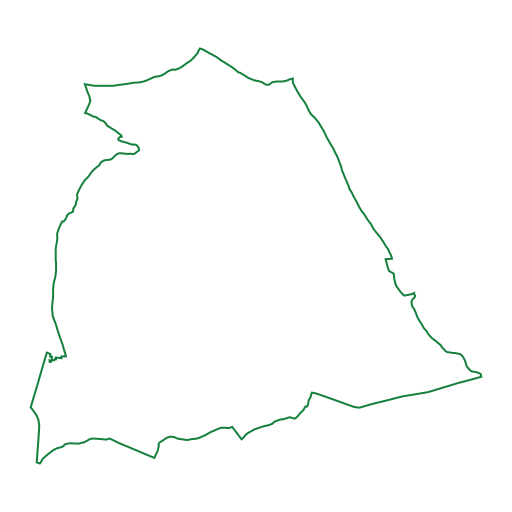 Tlaquilpa, Veracruz, Mexico
{"feature_id": "50627088B52599257884021", "entity_name": "Tlaquilpa", "entity_type": "district", "adm_level": 2, "iso_a3": "MEX", "parent_name": "Mexico", "parent_adm1": "Veracruz", "projection": "mercator", "projection_center": [-97.107, 18.613], "detail": "fine", "context": "isolated", "style": "outline", "palette": "green", "viewbox_px": 512, "rotation_deg": 0, "n_neighbors": 0, "source": "geoboundaries", "source_scale": "gbopen_adm2", "svg_char_len": 5367}
<svg xmlns="http://www.w3.org/2000/svg" viewBox="0 0 512 512"><path d="M36.7,462.4L39.8,463.5L40.9,462.0L42.6,459.0L45.4,456.4L48.7,453.7L53.5,450.0L57.0,448.3L61.4,447.1L63.1,446.3L64.9,444.4L67.4,443.6L70.4,443.3L74.8,443.5L79.1,443.6L81.8,442.7L83.8,442.5L87.3,440.6L89.5,439.3L92.1,438.6L94.2,438.6L97.5,438.8L101.4,439.1L106.2,439.6L109.6,438.5L119.3,443.2L128.7,447.1L136.3,450.3L145.7,454.3L154.4,457.9L156.1,454.0L157.6,451.1L158.0,449.1L158.7,446.6L158.7,443.7L159.9,442.3L162.5,440.7L164.7,439.2L166.8,437.7L170.7,436.6L174.7,437.2L177.5,438.6L182.2,439.3L187.0,440.1L192.3,439.0L195.8,438.8L199.6,437.7L202.4,436.4L205.7,435.0L210.2,432.3L213.9,430.7L217.0,429.3L220.7,427.8L224.5,427.7L229.1,428.1L232.2,426.9L237.8,434.3L241.6,439.3L243.4,437.7L245.1,435.5L247.2,433.5L250.4,431.7L254.4,429.4L258.9,427.8L263.9,426.2L269.0,425.1L271.3,424.1L271.9,423.9L272.3,423.8L274.5,421.7L275.6,421.2L280.0,419.6L283.4,419.2L287.5,417.9L289.9,417.2L291.8,417.9L294.9,418.6L296.6,417.3L298.5,415.3L300.4,412.9L303.3,410.2L303.7,409.5L305.4,406.5L307.2,406.5L307.5,405.6L308.0,404.4L308.5,402.0L308.5,400.6L310.5,397.3L311.2,394.4L311.9,392.6L316.7,393.6L323.7,396.1L328.3,397.7L332.7,399.3L338.9,401.5L345.2,403.8L354.2,407.0L359.4,407.7L370.7,404.4L375.7,403.1L383.1,401.3L389.1,399.8L397.3,397.7L403.0,396.3L409.0,395.3L416.2,394.1L427.8,392.2L430.5,391.4L441.0,388.2L450.3,385.4L457.9,383.1L464.7,381.3L469.9,379.9L475.9,378.3L481.3,376.8L481.0,375.3L480.8,374.2L479.6,373.5L478.0,372.6L476.5,372.3L474.7,371.8L473.3,371.7L471.0,371.0L469.5,369.6L467.6,367.4L466.4,365.7L466.1,364.2L465.6,362.6L464.9,360.4L464.0,358.7L463.1,357.0L460.6,354.3L458.9,353.8L456.7,353.4L455.8,353.1L453.6,353.0L452.1,352.8L449.4,352.4L446.7,352.0L445.5,351.0L444.1,349.5L442.0,347.3L440.5,344.9L438.5,343.4L436.0,341.1L433.7,339.5L431.5,337.7L428.3,334.1L426.4,330.9L423.8,328.1L421.6,324.0L419.6,321.0L417.5,317.5L416.0,313.3L414.0,308.8L412.2,306.4L411.7,304.1L411.5,301.3L412.5,299.4L413.5,298.4L414.6,297.4L415.2,295.9L414.6,294.8L413.8,294.0L414.0,293.1L413.3,293.4L411.6,294.2L408.0,294.9L404.3,295.6L403.4,295.0L402.3,293.8L400.8,292.2L399.3,290.2L397.8,288.1L396.4,286.2L395.4,283.6L394.4,279.5L393.7,273.7L392.7,272.9L391.1,272.3L388.9,270.7L387.8,267.5L386.6,262.8L385.6,259.2L392.0,258.7L391.2,255.7L390.2,253.7L387.8,248.7L386.3,246.9L384.0,243.0L381.8,239.6L379.7,236.5L376.4,232.6L373.5,228.9L370.9,224.0L367.3,219.3L364.0,213.9L361.4,210.7L359.2,207.1L357.3,203.1L356.2,201.0L353.5,196.3L351.9,192.8L349.6,189.2L348.5,185.7L346.9,182.0L345.0,177.7L343.5,173.9L342.1,170.7L340.9,165.8L339.4,162.1L338.4,159.4L336.8,155.6L335.1,152.5L333.1,148.1L330.4,143.8L326.7,137.3L323.7,130.9L318.6,122.5L314.8,117.9L310.7,113.9L309.0,111.0L307.6,107.9L305.3,103.2L300.9,97.2L297.2,91.1L293.0,83.1L292.7,80.6L292.8,78.5L288.8,79.6L288.4,80.0L286.1,80.8L282.3,81.5L279.6,81.5L275.9,81.6L272.2,82.3L268.8,84.7L266.3,84.8L264.7,84.0L262.1,82.2L258.8,81.2L255.3,80.6L251.9,79.4L247.8,77.6L245.4,76.0L241.6,73.7L240.3,72.8L238.3,72.3L235.0,69.5L232.3,67.4L227.3,64.2L221.6,60.7L216.4,56.9L213.9,55.6L211.8,54.4L209.5,53.3L206.2,51.3L202.5,49.3L199.9,48.5L198.4,51.1L197.5,53.2L194.3,57.0L190.8,60.5L186.7,63.2L182.3,66.5L178.6,68.6L174.8,69.9L172.7,69.4L170.5,70.2L167.9,71.4L165.1,73.4L161.9,75.3L159.5,76.1L154.5,76.9L150.9,78.5L147.0,80.3L142.9,81.7L138.5,82.5L133.6,82.7L128.6,83.6L123.3,84.4L118.8,84.9L113.4,85.8L106.3,85.8L94.2,85.8L84.9,84.2L87.4,91.7L89.4,96.5L90.3,101.2L89.1,104.3L88.2,106.3L85.1,113.1L87.2,113.5L90.2,114.9L93.0,116.4L96.1,117.1L98.2,118.6L100.9,120.3L102.8,120.8L103.9,121.5L106.1,123.8L107.0,125.7L109.9,127.3L112.4,129.0L115.3,130.6L117.8,132.7L119.5,134.0L120.8,135.0L121.4,135.8L121.7,136.7L120.6,136.9L119.1,137.6L118.4,138.5L118.4,139.9L121.0,141.2L126.4,142.6L130.0,143.9L132.5,144.7L134.0,144.5L136.3,144.9L137.9,146.5L138.8,148.5L139.0,149.2L138.9,150.4L137.6,151.4L133.9,154.1L132.9,154.0L129.9,153.8L128.2,153.9L124.5,153.7L123.0,153.4L119.6,153.2L117.7,153.8L116.9,154.2L114.9,155.9L113.6,157.2L112.8,158.0L111.5,159.0L110.4,159.6L107.5,159.9L105.1,160.2L103.7,160.6L101.4,162.0L100.4,163.0L99.5,164.9L99.0,165.5L96.5,167.3L94.7,168.9L92.2,171.2L88.7,176.2L87.4,177.7L85.5,179.4L84.7,180.3L84.3,181.2L83.7,181.9L82.8,183.2L81.0,186.0L80.1,187.9L79.2,189.7L77.3,193.6L77.1,195.3L77.2,196.5L77.6,198.3L76.5,200.7L76.0,202.6L75.7,204.8L74.8,206.5L74.4,206.9L73.3,208.7L73.2,210.6L72.9,211.7L71.0,212.7L68.6,213.7L67.0,215.6L65.9,218.6L64.0,221.2L63.7,221.3L62.0,221.6L59.4,227.2L58.3,230.1L57.3,233.1L57.1,233.8L57.3,238.0L57.1,241.1L57.0,241.5L56.5,243.6L55.7,249.0L55.7,260.5L55.9,261.3L56.1,264.8L56.1,266.9L56.0,269.2L56.1,270.8L55.2,277.5L54.9,278.7L54.5,279.7L53.8,283.0L53.4,285.3L53.2,288.7L53.1,288.9L53.1,294.6L53.1,297.7L52.9,298.2L52.0,307.5L52.0,308.1L52.8,316.4L55.3,322.8L56.3,325.8L57.9,331.2L59.9,337.2L61.3,341.0L61.5,341.8L62.5,344.2L63.5,348.0L64.7,351.8L64.9,352.4L64.9,352.7L66.0,356.4L65.8,356.4L63.9,356.4L61.4,356.5L61.4,358.2L58.6,357.9L56.0,357.5L56.0,358.6L56.0,359.2L54.9,359.0L54.3,360.3L51.9,359.9L51.5,360.8L51.1,361.5L50.9,361.4L50.5,362.0L49.6,361.9L49.5,360.3L51.3,360.7L51.7,359.9L52.0,356.8L50.2,356.6L50.4,354.1L50.1,353.9L46.8,352.6L42.6,366.8L39.1,379.0L35.7,390.6L34.1,395.8L30.7,407.4L32.2,409.2L36.7,415.6L38.4,419.9L39.3,425.9L38.5,438.1L36.7,462.4Z" fill="none" stroke="#15803d" stroke-width="2"/></svg>